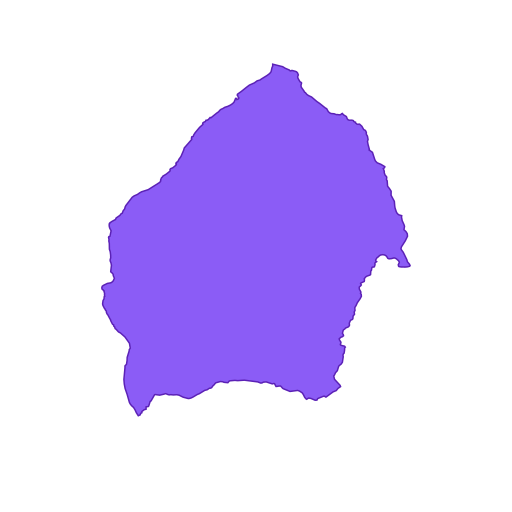 Baucau, Baucau, East Timor, rotated 288°
{"feature_id": "22284137B73846644477643", "entity_name": "Baucau", "entity_type": "district", "adm_level": 2, "iso_a3": "TLS", "parent_name": "East Timor", "parent_adm1": "Baucau", "projection": "robinson", "projection_center": [126.421, -8.508], "detail": "fine", "context": "isolated", "style": "filled", "palette": "violet", "viewbox_px": 512, "rotation_deg": 288, "n_neighbors": 0, "source": "geoboundaries", "source_scale": "gbopen_adm2", "svg_char_len": 6131}
<svg xmlns="http://www.w3.org/2000/svg" viewBox="0 0 512 512"><g transform="rotate(288 256 256)"><path d="M443.6,212.6L441.7,213.2L440.1,213.0L435.9,213.4L433.8,212.6L431.2,210.8L426.0,206.4L424.7,205.5L422.9,202.9L420.2,201.0L416.5,196.9L413.5,194.8L408.0,191.2L404.2,188.4L403.2,188.4L402.6,189.3L401.6,189.9L401.1,190.8L400.1,190.8L398.9,189.5L399.8,188.7L399.6,187.9L395.7,187.6L393.8,186.7L391.7,185.1L389.6,182.9L387.8,180.4L385.9,178.8L384.8,177.5L383.7,176.7L381.5,175.8L379.8,174.5L373.5,170.4L373.6,169.6L371.1,168.5L370.0,167.5L369.7,166.5L368.3,166.3L367.0,164.9L366.1,164.3L365.7,164.3L365.0,164.8L364.7,164.8L360.9,162.6L354.4,160.0L352.1,159.4L350.3,159.3L349.5,158.1L348.1,158.2L347.6,158.4L347.4,158.8L346.9,158.8L336.6,154.4L334.3,154.5L327.5,153.9L324.5,152.9L321.4,152.4L320.6,151.5L319.7,151.2L318.7,151.4L318.6,151.6L318.8,151.9L318.5,152.0L317.6,151.8L314.2,149.6L312.6,147.7L311.5,147.5L310.6,148.0L309.9,147.8L306.2,145.4L303.1,142.7L302.3,142.6L301.0,141.9L298.7,141.8L298.0,142.2L296.3,141.7L285.8,133.0L281.7,127.3L280.3,126.0L277.9,124.2L275.5,121.5L273.6,120.1L264.0,116.7L262.5,116.4L260.0,116.5L258.1,115.7L255.4,115.6L254.4,114.6L252.6,114.0L248.9,111.2L247.3,111.1L244.7,108.6L242.6,106.9L241.9,106.6L241.5,106.8L241.1,106.5L239.2,107.1L237.5,108.1L235.2,110.4L229.7,111.0L229.2,110.7L229.0,110.1L228.2,110.0L226.2,111.1L224.8,111.4L222.6,112.6L217.1,114.5L215.1,116.0L211.9,117.5L209.3,118.4L207.6,118.4L206.3,118.8L204.5,120.3L202.5,121.4L196.4,122.6L195.9,123.0L195.2,124.8L194.2,126.0L193.2,126.3L191.1,128.2L188.2,127.9L186.2,126.8L185.4,125.8L184.0,123.1L181.0,120.0L179.7,119.1L178.0,119.2L176.8,120.0L176.5,121.2L175.9,121.7L175.8,122.5L175.1,122.6L173.3,123.7L172.2,123.9L170.8,124.6L170.4,124.2L168.3,124.7L166.3,124.3L163.0,124.9L161.7,125.7L159.3,128.1L158.8,129.0L158.3,129.2L157.4,130.6L156.1,131.2L154.9,132.2L154.2,133.3L151.0,136.6L150.4,137.4L149.7,137.7L147.0,140.4L146.7,140.8L146.6,141.8L145.5,142.3L145.1,142.8L145.1,143.3L143.4,144.5L143.1,145.6L141.4,148.5L141.1,149.5L141.0,150.7L138.5,156.4L133.9,162.6L129.5,164.9L127.8,164.4L126.5,164.7L119.8,164.8L116.6,165.7L112.9,166.3L111.3,165.4L110.8,165.4L109.3,165.9L97.8,168.5L93.5,170.3L89.5,172.5L84.6,176.2L77.7,180.8L76.5,182.0L75.2,183.9L74.1,186.4L72.3,188.5L70.0,190.6L67.7,193.4L69.2,195.0L70.6,194.9L71.7,195.9L72.8,195.5L73.4,195.9L75.3,197.2L76.3,198.8L78.6,198.1L79.5,200.0L80.0,200.3L85.0,200.3L85.6,200.9L86.4,201.1L92.7,202.4L93.1,203.0L93.9,207.4L96.0,210.9L97.0,212.3L97.2,212.8L97.0,215.4L97.2,216.6L97.8,217.8L98.3,220.2L99.7,223.8L99.7,224.9L99.9,225.6L99.2,230.3L99.5,235.6L99.8,236.4L100.8,238.0L102.2,239.5L106.2,243.0L107.5,244.6L112.4,248.8L113.7,250.9L115.8,252.5L116.3,253.7L117.1,254.5L119.3,255.2L121.0,256.2L122.0,256.4L123.0,257.0L125.6,260.9L126.1,263.1L126.0,264.7L126.8,268.4L128.8,269.2L129.3,269.9L131.2,274.4L131.8,277.1L134.3,283.3L136.8,296.6L136.6,299.7L137.1,300.9L138.3,302.0L139.4,304.6L139.4,311.0L140.3,312.4L140.3,313.1L138.1,315.3L138.5,316.4L139.1,317.4L139.9,319.3L139.8,319.9L138.4,322.3L138.2,323.1L137.7,330.2L141.0,337.1L141.0,339.0L140.1,342.3L138.6,344.1L136.8,345.8L135.7,347.4L135.4,348.5L136.5,349.3L137.2,350.1L137.5,352.2L137.1,356.8L137.8,358.5L139.3,358.7L139.7,359.0L143.3,363.3L143.7,364.0L143.8,364.9L143.4,365.6L143.5,366.2L150.6,371.3L152.8,373.9L155.4,374.9L157.9,376.8L159.0,375.9L163.0,368.8L165.9,367.0L167.1,367.4L169.7,367.7L171.5,368.6L172.2,368.8L176.6,368.7L177.6,369.1L179.5,370.4L181.6,371.0L187.1,370.1L188.5,369.4L189.8,369.3L190.8,369.8L193.5,369.4L196.1,368.7L196.9,369.1L197.6,368.1L197.4,365.4L197.5,363.9L198.0,363.5L199.5,363.6L200.3,363.4L201.9,361.4L202.9,360.7L204.2,361.4L205.1,362.0L205.9,363.1L207.2,363.9L208.2,363.3L209.2,362.1L212.1,361.9L212.9,362.1L214.0,363.0L215.1,363.4L217.1,365.7L217.8,366.1L219.2,366.3L220.5,365.6L221.4,365.5L223.7,365.7L224.4,366.1L225.5,367.3L226.3,367.5L228.9,366.9L231.0,367.7L233.1,366.7L234.8,367.0L237.4,365.9L239.9,366.5L242.8,366.8L247.4,368.2L250.2,368.7L252.1,367.9L252.8,366.9L253.8,367.0L254.5,366.6L256.3,364.6L257.9,363.9L258.7,363.9L259.8,364.7L261.0,365.1L262.3,363.9L262.8,364.2L265.2,366.8L266.7,366.6L267.8,366.0L270.0,366.8L271.1,367.7L273.1,370.3L273.7,370.7L277.2,369.8L278.0,370.2L280.7,369.8L281.3,370.0L281.9,371.4L282.3,371.9L284.5,371.9L285.8,371.3L286.6,371.5L287.9,372.5L288.4,371.4L289.3,371.0L292.0,371.7L292.7,372.4L293.6,372.8L295.3,374.0L296.3,375.8L296.7,377.6L296.6,378.8L296.1,380.2L294.5,382.1L294.4,383.4L295.3,385.5L296.9,388.0L296.9,389.3L296.7,390.4L295.6,392.9L294.6,394.1L294.1,394.3L291.6,394.0L290.3,394.8L290.1,395.4L290.4,397.3L291.6,401.3L292.5,403.4L293.7,405.3L294.5,405.5L295.6,404.5L297.3,401.8L299.1,400.6L303.8,396.1L305.1,394.8L306.9,392.3L307.8,391.6L309.7,391.5L316.6,393.3L321.6,394.0L323.9,393.0L324.7,392.1L325.6,391.0L326.7,388.6L330.1,388.1L331.5,387.1L334.8,384.1L337.9,382.4L339.4,382.1L339.3,379.2L339.6,378.2L340.4,376.8L341.5,375.7L344.8,373.3L346.4,372.5L350.7,370.7L355.5,365.7L359.4,364.5L361.5,361.9L363.0,359.6L367.6,357.7L368.2,357.4L368.9,356.5L371.3,356.0L371.8,355.6L372.9,353.7L374.9,352.2L376.3,351.8L378.5,350.0L379.4,350.8L380.0,351.0L380.8,350.9L381.8,346.4L382.1,342.4L383.3,340.2L384.5,339.1L390.6,334.7L391.8,330.8L392.4,330.9L396.7,328.1L399.4,326.6L401.4,326.6L404.2,325.1L405.0,324.4L405.4,323.7L406.6,323.0L407.6,322.8L409.0,321.5L409.3,321.0L409.5,319.4L412.1,316.6L413.4,313.8L413.3,313.2L412.8,312.5L412.6,311.4L413.1,310.0L413.4,309.5L414.0,309.3L414.0,307.9L414.2,307.3L414.8,306.9L414.9,306.1L414.7,304.8L414.0,302.9L414.0,301.6L414.7,300.3L416.2,299.2L416.6,298.7L417.2,296.1L417.7,294.8L418.3,294.2L417.9,293.6L416.6,292.8L416.0,291.6L415.7,289.8L415.3,288.7L415.4,286.3L414.7,283.3L414.9,281.9L415.6,280.2L418.0,277.6L418.1,276.5L420.8,269.3L421.7,266.2L424.4,259.7L424.8,256.4L425.4,254.4L426.7,252.4L426.8,251.5L427.7,250.7L430.6,246.8L432.4,246.0L434.6,245.9L435.1,245.2L435.3,244.0L437.9,241.1L439.3,240.2L441.3,240.3L443.0,238.9L443.7,237.6L443.8,236.3L443.6,232.8L442.8,231.9L442.7,231.1L443.2,230.2L443.6,225.7L444.3,222.9L443.6,212.6Z" fill="#8b5cf6" stroke="#5b21b6" stroke-width="1.5"/></g></svg>